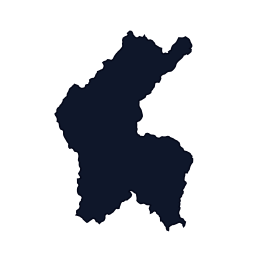 Serro, Minas Gerais, Brazil, rotated 11°
{"feature_id": "56859067B85818855458350", "entity_name": "Serro", "entity_type": "district", "adm_level": 2, "iso_a3": "BRA", "parent_name": "Brazil", "parent_adm1": "Minas Gerais", "projection": "natural_earth1", "projection_center": [-43.38, -18.518], "detail": "fine", "context": "isolated", "style": "filled", "palette": "ink", "viewbox_px": 256, "rotation_deg": 11, "n_neighbors": 0, "source": "geoboundaries", "source_scale": "gbopen_adm2", "svg_char_len": 5858}
<svg xmlns="http://www.w3.org/2000/svg" viewBox="0 0 256 256"><g transform="rotate(11 128 128)"><path d="M187.2,220.8L187.1,219.3L186.6,217.8L187.7,216.1L188.8,215.2L189.5,214.3L190.6,214.1L191.7,213.6L193.6,212.4L194.8,211.5L196.1,210.6L197.5,210.6L199.0,211.1L200.3,211.7L200.6,213.0L201.4,214.1L202.0,213.0L202.2,209.3L200.9,208.7L200.1,207.8L199.3,206.9L197.5,206.7L195.9,206.1L195.2,204.3L193.9,202.5L193.6,200.6L193.9,198.9L194.2,197.7L194.1,196.4L193.2,195.8L193.3,194.4L193.3,192.7L192.6,191.1L193.1,189.6L192.6,188.6L192.1,187.5L192.5,186.3L193.4,185.0L193.4,183.1L194.3,181.7L194.2,179.9L193.2,179.1L193.4,177.5L194.2,176.0L194.5,174.2L195.1,172.8L195.6,171.1L194.8,170.1L193.6,169.8L192.7,168.6L192.4,165.5L192.6,163.8L192.3,162.6L192.6,160.6L194.6,160.7L195.0,158.7L195.8,157.0L195.8,155.6L196.0,153.7L196.4,152.1L197.0,150.5L197.7,149.3L197.5,147.6L197.2,145.9L196.0,145.4L196.0,143.5L194.9,142.8L194.0,141.6L192.4,140.8L191.3,140.6L190.3,140.2L188.9,140.1L187.7,140.3L186.5,139.2L185.6,137.8L184.6,137.4L183.1,136.7L181.9,135.5L181.6,134.2L180.8,132.8L179.6,132.2L178.7,131.6L175.9,130.9L174.5,130.2L173.1,129.9L170.8,129.5L169.9,128.8L168.7,128.8L167.6,129.3L166.3,129.9L164.7,130.2L163.2,130.2L162.3,130.8L161.5,131.8L160.1,132.3L158.7,132.3L157.3,132.0L156.1,130.8L154.8,130.4L151.8,130.7L150.4,130.4L149.5,129.8L148.1,129.7L146.8,130.2L146.1,132.2L145.3,133.6L143.7,133.8L141.1,134.0L140.1,132.9L139.0,132.8L137.9,131.9L136.8,130.2L136.9,128.6L137.0,127.3L136.2,126.0L136.0,124.7L135.8,123.2L135.3,121.7L135.1,120.5L136.1,119.5L137.5,118.7L138.6,117.3L139.3,115.6L139.7,113.8L139.3,112.3L138.1,109.7L137.3,108.0L136.3,106.8L135.4,105.8L134.5,104.6L134.0,102.8L133.8,101.1L133.4,99.6L133.9,98.4L135.0,98.0L135.9,97.3L136.7,96.4L137.9,95.4L138.8,94.5L139.0,93.1L139.5,91.6L141.4,90.8L142.6,89.9L143.5,88.9L143.4,87.0L144.4,85.5L144.8,84.2L145.7,82.7L145.7,81.2L145.6,79.8L145.8,78.1L147.0,77.5L148.1,77.1L149.6,77.1L150.2,75.3L150.6,73.3L149.9,71.5L150.5,70.0L151.3,69.1L152.2,68.4L153.6,67.7L154.7,66.4L155.6,65.4L156.9,64.5L158.4,64.1L159.4,63.7L160.3,62.8L161.2,61.5L162.1,59.9L162.6,58.3L162.7,56.6L163.0,55.0L163.9,53.3L164.8,52.0L165.7,50.9L167.3,48.8L168.1,47.2L168.3,45.5L169.7,45.2L170.5,44.3L171.3,43.7L172.5,44.2L173.9,42.6L175.1,41.0L174.9,38.9L173.4,38.1L174.4,37.0L174.9,35.5L174.5,34.3L172.6,32.0L171.9,30.7L171.1,29.6L170.2,29.0L168.7,28.4L167.0,27.7L165.8,28.8L164.0,29.5L160.7,29.9L160.4,31.2L159.6,34.0L159.0,35.3L157.9,36.8L156.8,38.0L156.1,39.2L155.7,41.3L155.6,43.5L154.3,44.4L153.4,45.5L154.1,46.4L153.3,47.4L151.8,47.7L150.3,47.5L149.2,48.5L148.2,48.5L147.1,48.0L146.3,46.7L145.9,45.2L145.7,43.5L143.3,43.3L142.0,42.7L140.5,42.2L138.6,41.4L137.6,39.7L136.4,38.9L135.3,37.9L133.2,37.4L131.7,38.0L130.4,38.0L128.4,35.9L127.4,35.7L126.5,34.2L125.5,36.4L123.7,36.5L121.9,36.2L120.9,37.3L119.7,38.1L118.5,37.9L117.0,37.4L116.0,36.4L115.0,35.7L114.4,34.4L113.6,33.2L112.4,32.6L111.1,32.9L110.3,34.2L109.5,35.1L110.6,36.4L109.9,37.9L108.7,38.6L107.6,39.4L106.3,40.7L106.1,42.7L106.8,44.6L106.7,46.2L107.2,47.6L107.4,49.4L105.8,52.6L105.0,53.8L104.0,55.0L103.4,56.3L102.7,57.2L101.5,59.8L101.0,61.3L100.7,62.8L100.0,64.0L99.0,64.9L98.0,65.0L96.4,64.8L94.9,65.0L94.1,66.4L91.8,67.6L90.9,68.6L92.1,69.9L92.8,71.0L93.0,72.6L92.6,74.5L91.9,75.6L90.5,76.4L89.0,77.6L87.5,78.5L87.5,80.1L86.7,81.3L86.5,82.7L86.2,84.2L85.3,85.9L83.7,86.3L82.4,87.0L81.3,88.2L81.9,89.5L81.4,90.9L81.0,93.1L79.5,93.4L78.5,94.0L78.4,95.7L77.9,97.0L75.1,98.2L73.5,97.9L72.1,97.4L71.0,96.2L69.7,95.9L67.1,95.5L66.6,96.8L65.6,97.6L65.3,98.7L64.3,99.6L63.5,100.6L63.2,102.0L63.0,103.5L62.5,104.7L62.1,106.2L62.4,108.7L61.1,109.9L60.0,111.6L59.2,112.7L59.4,114.0L58.3,117.5L57.3,118.7L56.9,120.4L55.3,122.1L54.9,123.7L55.2,125.1L55.2,126.3L54.5,127.1L53.8,128.1L54.6,129.3L55.7,130.3L56.8,131.8L57.3,133.5L57.3,135.0L58.9,135.4L59.8,136.7L60.7,139.5L61.4,140.8L62.5,141.9L63.9,142.0L65.1,142.7L65.7,144.0L66.0,145.7L66.4,147.1L67.3,148.5L68.3,149.7L69.3,150.8L70.2,151.8L71.0,152.8L73.1,154.6L73.3,156.7L73.7,158.1L74.7,158.9L76.2,158.1L77.7,158.4L78.6,158.9L79.4,160.1L80.2,160.8L81.7,160.8L82.9,160.9L84.0,161.7L84.6,162.8L85.2,164.2L85.5,165.7L85.5,167.2L85.6,168.9L86.4,170.0L87.1,171.3L87.2,172.8L87.7,174.5L88.6,175.5L89.5,176.7L89.6,178.5L89.3,179.7L88.4,182.1L89.2,183.2L90.6,184.4L91.2,186.2L89.9,187.3L88.3,187.8L88.7,189.4L89.1,191.5L90.2,192.2L91.0,193.5L90.6,195.2L90.2,196.4L90.3,198.1L90.8,200.2L91.6,201.7L92.6,202.6L94.6,203.1L95.9,204.0L96.6,205.3L96.2,207.3L96.5,208.5L95.4,209.8L95.1,211.0L95.2,212.3L96.1,213.5L96.1,215.2L95.6,216.9L94.7,217.8L93.6,219.0L93.8,220.6L94.4,221.9L93.8,223.2L95.3,223.2L97.9,223.6L99.2,224.3L100.5,224.7L101.6,225.9L103.1,226.8L104.2,227.5L105.7,228.3L106.7,227.5L107.5,226.5L108.4,225.6L109.5,224.5L110.7,223.2L112.2,223.2L113.3,223.8L114.1,224.8L114.8,225.8L115.9,225.6L118.1,227.1L118.9,225.8L119.9,224.7L121.2,224.0L122.1,222.8L122.4,220.8L121.9,218.8L122.1,217.5L123.0,216.4L124.3,215.8L125.6,216.3L126.9,215.5L128.1,214.2L129.2,213.1L131.1,209.4L132.3,208.7L133.3,208.9L134.4,208.5L134.4,206.9L134.7,205.2L134.9,203.4L135.5,201.8L136.3,201.0L137.6,200.7L138.6,199.3L140.9,198.5L141.8,197.2L142.7,196.2L143.8,194.7L144.1,192.9L143.2,191.7L142.3,190.9L141.1,190.4L141.5,189.1L143.0,188.6L144.3,188.7L146.9,190.1L148.4,190.4L149.2,191.4L149.7,192.9L150.3,194.4L150.7,196.0L150.7,197.4L151.4,198.1L152.9,199.0L154.6,199.7L155.8,199.4L156.8,198.9L157.9,198.6L158.9,198.7L160.0,199.2L161.2,199.5L162.5,199.2L164.0,199.1L165.0,199.5L164.7,201.0L164.4,202.8L165.1,204.1L166.1,205.4L166.4,207.2L167.7,206.3L168.4,205.2L169.4,204.3L170.8,204.2L172.0,204.9L172.6,206.1L173.7,206.7L175.1,207.2L175.7,208.4L177.0,209.4L177.5,211.4L177.9,212.9L179.2,212.6L180.6,213.9L181.8,214.8L182.6,216.1L183.6,216.9L184.6,217.8L185.0,219.3L185.8,220.6L187.2,220.8Z" fill="#0f172a" stroke="#020617" stroke-width="1.5"/></g></svg>